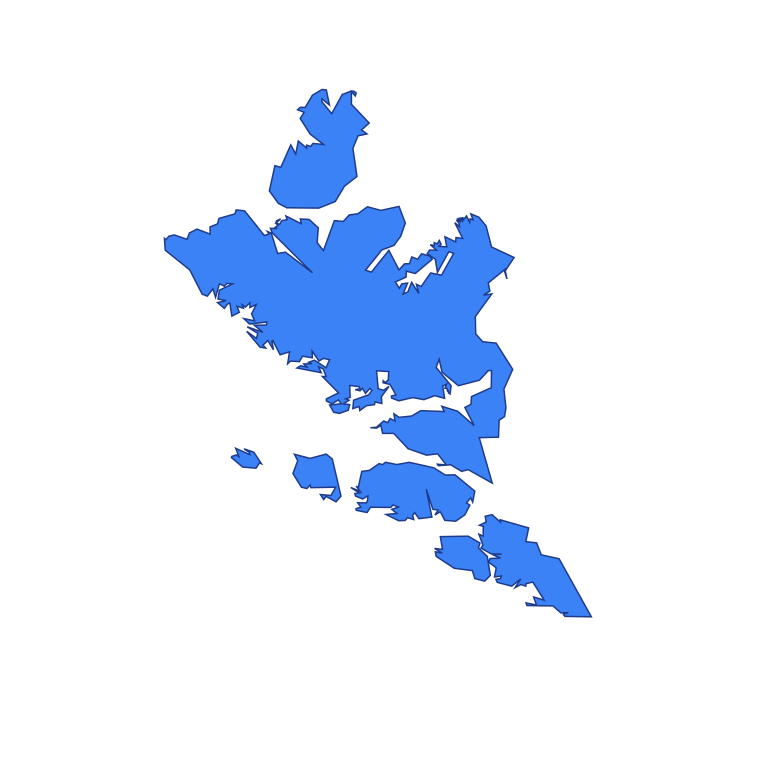 the district of Vågan nor, Nordland, Norway, rotated 67°
{"feature_id": "86288312B28402978584720", "entity_name": "Vågan nor", "entity_type": "district", "adm_level": 2, "iso_a3": "NOR", "parent_name": "Norway", "parent_adm1": "Nordland", "projection": "mercator", "projection_center": [14.578, 68.279], "detail": "fine", "context": "isolated", "style": "filled", "palette": "blue", "viewbox_px": 768, "rotation_deg": 67, "n_neighbors": 0, "source": "geoboundaries", "source_scale": "gbopen_adm2", "svg_char_len": 6168}
<svg xmlns="http://www.w3.org/2000/svg" viewBox="0 0 768 768"><g transform="rotate(67 384 384)"><path d="M335.4,229.8L327.1,228.1L318.4,214.8L299.9,231.5L278.4,228.3L267.5,231.5L261.3,237.6L267.7,237.8L265.6,240.2L268.7,242.0L261.5,242.4L264.5,247.7L261.8,246.4L260.8,250.5L262.9,248.3L263.9,249.5L262.9,249.5L261.2,252.8L263.1,250.5L264.0,250.6L261.5,253.4L265.0,252.1L268.7,253.0L263.2,255.8L280.7,254.7L277.3,260.5L281.2,262.5L272.3,270.4L282.3,272.7L278.7,279.6L277.8,276.9L273.5,277.0L275.9,280.3L273.5,282.5L276.3,283.6L273.9,286.9L281.4,283.3L278.5,289.8L281.0,293.2L289.2,288.0L302.1,291.2L287.5,272.6L291.0,268.8L306.3,288.5L300.0,297.7L308.8,311.7L304.9,315.2L314.3,316.6L301.2,318.8L308.6,326.1L308.6,331.2L300.3,322.9L298.8,328.6L301.9,332.5L294.5,333.7L294.2,321.9L288.9,319.4L294.5,312.0L288.0,290.9L284.1,291.9L278.8,298.6L282.3,304.3L277.9,308.8L283.2,313.5L281.4,318.3L284.9,325.6L262.9,327.3L276.1,351.9L272.0,356.5L259.7,333.5L260.3,320.7L254.5,310.9L244.2,301.5L226.4,300.8L223.0,319.0L214.4,330.0L217.1,341.5L214.8,350.0L218.5,358.0L214.2,365.8L237.5,387.6L227.8,390.3L214.6,383.5L203.3,388.6L199.4,396.5L204.1,397.6L191.1,408.6L194.9,409.0L193.7,414.4L196.2,417.5L193.7,420.7L191.6,414.6L191.8,419.1L193.8,420.9L196.4,419.5L197.4,423.0L199.2,421.6L196.3,427.7L201.1,427.8L253.7,406.4L224.2,423.2L222.3,430.9L201.0,428.8L198.1,431.8L201.0,431.1L200.6,436.1L170.1,444.7L166.0,452.1L169.2,454.7L167.1,471.1L171.6,474.9L171.4,482.7L178.1,485.5L168.3,495.7L169.0,504.1L173.8,508.8L164.8,518.9L163.9,524.3L165.9,528.2L164.1,529.2L175.3,533.1L203.1,518.2L230.2,516.3L234.1,512.3L229.5,504.3L238.4,505.2L227.5,496.4L231.5,492.7L230.1,489.2L232.6,484.2L233.4,498.9L240.9,503.6L245.6,496.7L244.0,505.4L252.0,501.4L249.2,496.7L249.3,494.3L262.1,497.5L261.5,489.2L255.0,488.9L259.3,483.8L255.5,483.6L259.1,481.6L256.8,475.7L261.2,477.5L260.9,470.5L267.8,478.5L275.3,478.4L269.0,487.5L276.3,484.3L281.2,467.5L283.7,469.3L279.3,480.4L289.2,475.2L277.9,487.6L288.0,480.4L292.2,483.6L281.9,489.8L301.7,483.7L304.7,478.8L300.9,480.2L298.7,473.9L309.3,472.4L300.8,470.5L300.5,469.3L316.5,468.2L317.5,458.4L327.7,464.8L326.4,461.1L330.3,453.2L326.6,448.1L331.9,439.7L325.6,437.3L337.4,434.9L336.8,429.7L340.3,424.6L346.4,431.0L334.9,438.7L334.6,444.8L337.1,442.5L334.2,450.0L338.4,448.3L334.6,453.6L335.3,457.8L349.1,437.3L342.7,437.5L346.4,434.0L354.6,434.4L353.0,437.8L374.4,429.3L375.2,442.9L377.1,443.7L381.9,439.6L380.8,432.2L385.5,431.0L382.1,442.3L390.4,441.3L393.6,436.6L394.2,427.2L389.6,423.6L386.4,429.2L385.3,422.4L382.7,425.2L383.1,420.4L372.0,416.1L376.6,408.0L378.9,407.9L378.0,412.7L380.9,408.7L379.6,405.5L385.4,404.7L382.5,398.6L385.1,397.7L388.0,402.2L387.0,418.3L394.5,422.3L395.0,415.6L399.0,416.7L397.1,408.7L399.3,400.9L397.1,399.2L401.1,393.6L394.7,391.4L388.1,380.2L389.6,386.8L386.0,391.2L368.9,385.7L374.4,374.8L381.9,378.5L383.2,382.1L380.7,383.5L382.5,384.3L386.8,378.6L398.8,377.3L397.9,381.8L399.9,382.5L405.3,376.9L407.7,362.9L414.0,353.4L414.6,341.8L420.9,333.8L408.9,330.8L408.5,326.4L411.7,329.5L412.8,327.7L415.3,328.3L415.4,327.5L417.5,328.1L419.0,327.1L411.9,322.9L389.0,329.5L382.8,323.6L395.8,325.9L414.6,316.2L417.8,294.7L412.4,282.6L413.7,279.8L429.3,286.7L429.8,308.4L436.7,311.9L437.2,318.7L457.6,317.3L437.9,326.8L427.1,339.5L432.9,339.3L422.9,360.6L424.3,371.0L420.6,383.1L415.3,386.5L422.3,388.3L418.2,391.9L421.0,395.7L417.9,398.7L420.9,407.9L418.9,413.6L421.7,408.0L420.9,403.0L428.9,404.6L433.3,394.3L453.0,387.1L466.1,372.7L469.2,361.9L482.8,358.3L478.7,366.2L480.4,365.9L484.5,354.1L494.7,346.7L495.8,339.9L517.5,323.1L470.6,317.3L477.7,299.4L462.4,292.2L461.1,285.8L453.6,281.1L435.5,275.6L420.8,259.8L390.2,264.8L383.6,276.7L373.7,280.0L357.6,273.6L343.2,249.6L341.1,257.7L339.9,250.3L331.7,248.5L325.3,226.4L327.3,229.0L335.4,229.8ZM107.6,297.9L105.2,295.9L102.7,297.4L101.6,299.6L101.2,309.3L114.7,326.5L99.8,330.9L97.3,329.7L105.9,325.2L90.8,322.2L88.7,325.8L90.2,337.0L98.6,348.5L96.6,353.0L97.8,356.4L102.7,351.3L106.8,357.4L125.2,354.3L139.9,346.1L134.8,355.4L136.7,358.6L133.9,361.9L136.6,363.1L126.8,367.9L137.8,375.4L127.5,376.4L144.2,394.3L140.4,399.1L161.5,414.1L176.4,410.7L183.8,404.6L196.6,375.3L197.0,357.6L186.4,343.0L182.4,327.8L154.8,320.5L145.4,310.9L147.2,302.0L141.3,305.4L138.0,295.7L113.8,304.7L102.0,299.7L107.6,297.9ZM518.1,342.3L495.4,354.1L491.7,363.2L480.6,370.9L466.0,391.3L463.1,403.8L456.7,413.0L457.6,417.0L455.4,419.6L457.8,431.2L455.8,438.6L469.5,448.3L467.0,449.6L473.7,447.8L466.3,455.0L474.7,449.3L473.4,453.7L476.1,453.9L481.5,448.6L480.7,442.5L484.8,444.7L486.6,446.6L483.0,454.6L488.4,453.5L487.8,458.4L489.4,458.9L495.7,449.8L492.2,444.6L500.2,426.1L498.9,422.9L502.9,418.8L502.4,425.8L508.2,422.7L504.9,433.1L515.6,423.9L517.9,417.8L516.3,414.5L520.4,409.6L516.0,408.9L514.4,406.0L521.6,404.4L525.2,391.9L497.3,386.2L518.3,388.0L521.3,383.4L524.4,388.3L523.6,382.1L533.3,381.3L538.3,371.6L536.0,360.7L529.1,352.3L525.7,354.6L522.7,348.7L527.3,348.5L518.1,342.3ZM573.0,307.1L554.4,330.1L556.7,330.8L546.5,335.6L545.3,342.5L550.9,343.9L551.3,351.3L553.8,348.2L562.8,352.2L559.3,355.3L570.8,355.9L573.0,358.8L582.5,351.5L586.5,342.1L583.6,350.6L589.6,344.9L586.1,354.6L588.9,357.3L597.0,352.5L604.8,357.7L606.6,350.9L608.7,353.0L607.5,357.3L610.9,357.2L620.0,345.4L616.9,334.3L622.6,342.8L622.1,336.2L625.5,332.5L623.3,331.2L624.5,324.4L645.5,321.0L638.5,329.5L647.0,330.0L641.0,338.8L643.8,339.0L654.3,315.2L663.8,310.6L666.4,303.6L666.1,308.8L668.6,308.3L679.3,284.1L613.3,291.1L602.7,306.0L589.9,305.6L584.5,315.0L573.0,307.1ZM583.0,356.3L571.9,361.1L567.9,357.8L557.0,365.9L546.5,391.8L559.1,394.8L555.1,401.7L562.5,396.4L558.5,402.3L563.1,403.3L581.1,391.3L590.3,375.6L598.6,376.4L604.8,368.3L601.7,360.9L583.0,356.3ZM432.9,460.9L425.9,464.6L423.6,481.1L413.7,493.9L420.9,493.4L430.8,502.8L446.7,500.4L450.1,495.8L448.0,491.4L450.8,491.9L460.1,468.8L465.9,476.4L460.9,485.7L466.8,484.7L464.8,481.2L473.7,474.2L470.4,467.4L432.9,460.9ZM409.5,528.0L395.9,530.5L389.0,538.2L394.3,534.7L396.6,535.1L385.3,545.6L394.1,545.9L391.6,547.6L391.2,552.4L392.1,553.2L405.3,546.5L411.5,534.7L408.0,529.5L409.5,528.0Z" fill="#3b82f6" stroke="#1e3a8a" stroke-width="1.5"/></g></svg>